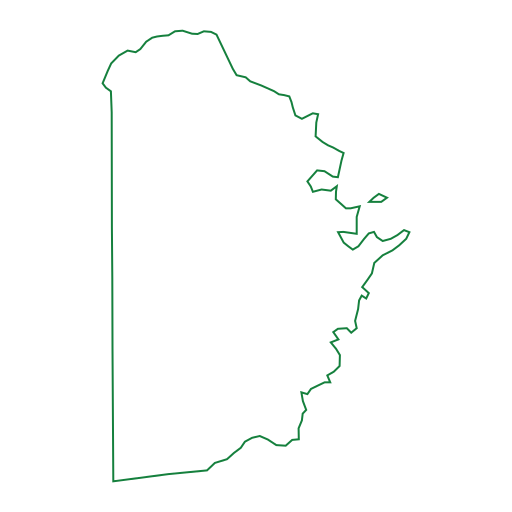 Jundiaí do Sul, Paraná, Brazil
{"feature_id": "56859067B90908496279670", "entity_name": "Jundiaí do Sul", "entity_type": "district", "adm_level": 2, "iso_a3": "BRA", "parent_name": "Brazil", "parent_adm1": "Paraná", "projection": "natural_earth1", "projection_center": [-50.188, -23.472], "detail": "fine", "context": "isolated", "style": "outline", "palette": "green", "viewbox_px": 512, "rotation_deg": 0, "n_neighbors": 0, "source": "geoboundaries", "source_scale": "gbopen_adm2", "svg_char_len": 1800}
<svg xmlns="http://www.w3.org/2000/svg" viewBox="0 0 512 512"><path d="M102.6,83.3L105.9,87.7L110.9,91.3L111.7,112.4L111.9,227.4L112.3,278.0L112.5,348.1L113.3,481.3L168.5,474.1L207.0,470.4L214.9,462.9L227.0,459.2L234.0,452.9L240.8,447.8L244.9,441.7L252.1,437.8L259.7,436.0L267.8,439.5L276.3,445.1L285.7,445.7L292.2,439.9L298.8,439.3L298.6,428.3L301.9,420.4L302.7,413.6L306.2,409.9L302.9,401.1L301.4,392.4L307.4,394.1L311.0,388.9L318.2,385.4L324.7,382.3L330.2,382.3L327.3,375.4L333.8,371.7L339.6,366.0L339.9,355.1L336.1,348.9L330.8,342.4L338.4,339.4L333.3,332.1L337.9,328.8L346.8,328.2L351.2,332.7L356.7,328.2L355.1,320.9L358.1,309.1L359.1,300.4L361.7,295.6L366.2,298.5L368.8,293.1L362.2,287.1L367.5,279.8L371.9,273.4L374.3,262.9L378.1,259.5L382.7,255.3L392.4,250.4L399.2,245.3L406.2,238.8L409.4,232.2L404.0,230.1L397.4,235.1L390.8,238.8L382.7,241.0L376.9,237.1L374.0,231.9L368.8,233.4L364.0,239.0L358.4,246.3L352.8,249.6L348.3,246.3L343.7,242.6L338.1,232.2L343.4,231.9L356.7,233.8L356.7,216.9L359.7,206.3L350.7,208.3L345.9,208.3L342.0,204.8L335.8,199.3L336.0,191.7L336.8,186.2L330.8,190.7L321.6,189.5L312.9,191.8L310.8,186.5L307.4,181.4L317.1,170.4L324.5,171.2L332.8,176.6L337.9,177.2L341.5,160.5L343.6,153.0L339.1,150.9L333.1,147.5L328.0,145.3L322.6,142.0L315.6,136.4L316.3,122.5L318.1,114.2L312.8,113.3L301.9,118.8L295.4,115.4L292.8,107.4L291.5,102.1L289.3,96.4L284.1,95.1L278.9,94.3L274.1,91.2L266.7,87.9L261.3,85.5L250.2,81.3L245.7,77.3L236.6,75.2L232.8,68.8L216.5,34.6L211.0,31.9L203.9,31.3L197.6,34.0L192.0,33.7L182.6,30.7L175.0,31.3L168.5,35.3L162.5,35.8L157.0,36.5L152.2,37.7L146.2,41.7L140.3,49.1L135.7,52.2L127.6,50.6L118.8,55.6L111.2,63.4L107.7,71.0L102.6,83.3ZM369.3,201.9L381.2,201.9L387.0,197.7L378.9,193.9L373.6,197.8L369.3,201.9Z" fill="none" stroke="#15803d" stroke-width="2"/></svg>